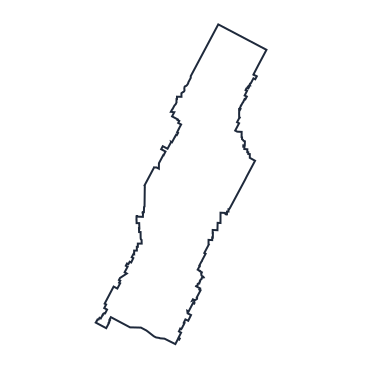 outline of Brookton, Western Australia, Australia, rotated 118°
{"feature_id": "25037944B61457505310320", "entity_name": "Brookton", "entity_type": "district", "adm_level": 2, "iso_a3": "AUS", "parent_name": "Australia", "parent_adm1": "Western Australia", "projection": "natural_earth1", "projection_center": [117.012, -32.355], "detail": "fine", "context": "isolated", "style": "outline", "palette": "slate", "viewbox_px": 384, "rotation_deg": 118, "n_neighbors": 0, "source": "geoboundaries", "source_scale": "gbopen_adm2", "svg_char_len": 5310}
<svg xmlns="http://www.w3.org/2000/svg" viewBox="0 0 384 384"><g transform="rotate(118 192 192)"><path d="M31.5,193.0L31.7,247.5L87.8,247.5L88.0,247.5L90.0,247.5L90.3,247.5L91.8,246.7L92.0,246.7L92.8,246.7L93.0,246.7L97.1,246.7L97.3,246.6L97.8,246.4L98.0,246.4L98.3,246.4L100.0,246.6L100.3,246.7L101.1,247.0L101.3,247.2L101.8,247.6L102.0,247.8L102.4,247.9L102.7,247.9L104.2,247.4L105.0,246.9L105.6,246.4L105.8,246.4L106.7,246.2L106.8,246.2L107.1,246.3L107.5,246.5L107.9,246.7L108.3,247.1L108.9,247.3L109.4,247.6L109.5,247.6L109.8,247.7L112.9,246.0L114.9,250.0L117.0,248.9L117.2,249.3L119.6,248.1L120.2,247.7L121.0,247.7L121.7,247.7L121.9,247.6L122.1,247.6L123.6,248.0L123.9,248.1L127.8,248.1L128.0,248.1L128.4,248.3L128.5,248.3L131.1,248.3L131.0,248.1L130.9,248.0L130.8,247.6L130.5,246.5L130.4,246.2L129.9,245.1L134.6,245.1L134.6,238.7L135.2,238.7L135.2,236.6L137.5,236.6L137.5,233.3L142.8,233.3L142.8,233.2L146.2,233.2L146.3,232.1L148.8,232.1L148.8,232.9L151.2,232.9L151.2,233.0L157.5,233.0L157.5,234.0L157.6,233.9L165.3,233.9L165.3,239.3L168.7,239.3L168.7,234.4L172.9,234.3L172.9,234.7L178.4,234.7L182.1,234.7L187.0,232.2L187.0,234.8L188.1,237.1L188.4,237.0L188.6,237.0L192.5,237.0L208.4,237.0L208.4,236.7L209.7,236.1L209.9,235.9L210.6,235.6L226.9,227.2L227.1,227.1L227.5,227.1L227.8,227.3L232.4,225.0L232.9,226.1L233.3,226.0L233.1,225.6L237.0,223.7L239.4,228.7L238.9,229.1L239.2,229.7L239.3,229.7L241.2,228.7L242.6,228.0L242.6,227.9L245.5,226.3L244.3,224.0L248.8,221.4L248.9,221.8L252.2,219.9L251.5,218.6L252.8,217.9L256.8,215.7L257.7,215.0L258.0,214.0L261.2,212.2L263.0,215.6L265.8,214.1L266.3,215.0L269.6,213.2L270.9,215.6L274.0,213.9L274.0,214.6L277.9,214.6L277.9,212.8L280.3,212.7L282.8,212.6L282.8,214.3L285.6,214.3L285.6,215.8L288.2,215.8L288.2,213.8L288.3,213.8L294.5,213.8L294.6,211.3L300.8,214.7L301.7,215.2L304.0,215.2L304.0,213.7L306.3,213.8L306.3,212.6L312.3,212.6L312.3,216.8L331.6,216.7L331.6,215.0L335.7,215.0L335.7,211.8L340.1,211.7L340.2,211.8L340.1,212.0L340.1,212.3L340.1,212.5L340.4,212.7L340.6,212.8L341.0,213.1L341.5,213.2L342.2,213.3L342.3,213.2L342.5,213.0L342.6,212.9L342.8,212.9L343.0,213.2L346.5,213.2L346.5,214.6L347.7,214.6L348.2,214.6L348.2,215.0L348.2,214.9L348.4,214.9L348.8,215.6L349.2,215.6L349.5,215.4L349.8,215.4L350.3,215.7L351.2,215.5L351.3,215.6L352.5,215.7L352.5,212.3L352.5,203.8L346.6,203.8L346.6,204.2L343.7,204.2L343.7,204.9L340.6,204.9L340.6,203.9L340.6,201.1L340.6,199.8L340.6,183.1L340.2,182.4L340.1,182.2L335.8,173.6L335.7,173.5L335.7,167.3L336.0,165.3L337.3,158.0L337.3,157.8L337.3,157.1L337.3,155.7L337.2,155.2L336.2,152.3L336.2,151.9L336.2,151.6L334.4,147.4L334.4,147.1L334.3,142.5L334.1,135.3L328.4,135.4L328.4,134.0L327.1,134.0L327.1,135.5L321.3,135.6L321.3,137.5L321.2,137.9L321.2,138.1L320.3,138.1L318.1,138.3L318.1,137.1L316.9,137.0L315.5,137.0L314.4,137.1L313.8,137.0L313.7,137.0L311.2,137.1L311.3,137.9L307.6,138.0L307.6,137.5L307.5,136.9L307.5,136.6L307.5,135.9L307.5,134.9L301.1,135.1L301.2,138.9L299.1,140.4L299.1,138.9L289.6,139.0L289.6,137.7L288.8,137.7L287.4,138.8L287.2,139.1L287.0,140.1L287.8,140.8L286.3,140.8L286.3,139.2L285.8,138.4L284.1,137.4L283.2,137.7L282.7,138.0L282.7,138.3L274.7,138.3L274.7,139.7L273.3,139.6L273.3,144.2L273.1,144.2L272.7,143.9L272.7,143.3L271.5,143.3L270.5,143.8L269.7,143.4L269.7,143.1L269.4,142.6L268.7,142.8L268.3,142.9L267.9,143.0L267.4,142.8L266.9,143.3L266.0,143.2L265.7,143.3L264.3,142.7L263.7,143.0L262.9,142.9L261.9,141.6L261.5,142.3L261.6,143.3L261.3,144.3L260.8,144.9L259.7,145.3L259.6,145.6L258.3,145.6L258.3,147.9L257.9,147.9L257.9,150.5L257.4,150.5L257.2,150.5L254.9,150.5L254.7,150.4L254.4,150.3L254.2,150.2L253.9,150.6L253.5,150.6L253.5,151.0L248.9,151.0L248.6,150.8L247.8,150.9L247.5,151.0L240.1,151.0L240.1,152.5L230.4,152.5L230.4,152.9L226.5,154.9L225.0,151.6L222.7,152.8L222.5,152.2L218.4,154.3L218.5,154.5L215.8,155.9L213.8,151.6L207.2,154.9L206.0,152.3L196.9,157.1L195.0,153.1L195.4,152.8L195.7,152.3L195.8,151.8L195.8,151.5L195.7,151.2L195.5,150.7L195.4,150.6L192.9,151.9L192.2,150.6L190.1,151.7L189.8,151.1L188.8,151.1L188.4,151.0L156.2,150.9L152.8,151.0L134.8,151.0L134.7,157.0L131.4,158.8L132.0,160.2L130.5,161.0L130.9,161.9L128.3,163.2L129.5,166.0L127.4,167.0L127.9,168.0L126.7,168.6L126.1,167.3L122.4,169.1L122.6,170.5L122.1,171.5L121.9,172.6L120.2,173.5L120.3,174.0L117.7,175.3L115.6,176.4L117.5,180.4L117.5,182.7L109.2,182.7L109.2,185.0L104.1,185.0L104.1,184.8L103.8,184.8L103.8,185.5L102.1,186.4L101.9,186.5L101.6,186.7L99.5,187.8L99.0,188.0L98.2,188.5L97.1,189.1L97.1,188.2L95.8,188.2L95.8,189.2L92.1,189.2L92.1,189.3L91.8,189.2L89.3,189.2L89.0,189.1L88.9,189.0L88.7,189.0L88.0,189.1L87.9,189.0L87.7,189.0L87.4,189.1L85.2,189.2L85.2,188.4L82.0,188.4L82.1,190.8L76.8,190.9L76.9,192.5L75.1,192.6L74.8,192.2L74.2,192.2L74.1,190.9L72.6,190.9L72.6,192.0L72.0,191.9L71.7,191.8L71.6,191.7L70.9,191.1L70.7,190.9L70.6,190.7L70.5,190.8L70.5,191.5L70.4,191.5L69.3,191.6L68.8,191.5L68.4,191.1L62.8,191.1L62.8,189.1L59.4,189.1L59.4,190.5L59.6,191.5L59.6,191.9L59.6,192.6L59.3,192.6L59.3,192.9L48.6,193.0L47.8,193.0L47.7,193.0L47.1,193.0L42.5,193.0L42.0,193.0L41.8,193.0L40.8,193.0L40.0,193.0L39.8,193.0L39.7,193.0L39.4,193.0L38.8,193.0L38.6,193.0L37.7,193.0L37.2,193.0L35.1,193.0L34.8,193.0L34.5,193.0L34.4,193.0L34.1,193.0L31.5,193.0Z" fill="none" stroke="#1e293b" stroke-width="2"/></g></svg>